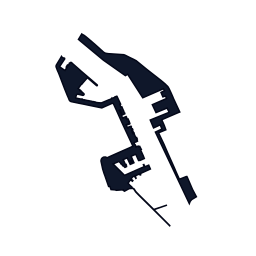 Police Department Port Said Port, Bur Sa`id, Egypt (Robinson projection), rotated 123°
{"feature_id": "37247803B70757387881176", "entity_name": "Police Department Port Said Port", "entity_type": "district", "adm_level": 2, "iso_a3": "EGY", "parent_name": "Egypt", "parent_adm1": "Bur Sa`id", "projection": "robinson", "projection_center": [32.315, 31.253], "detail": "fine", "context": "isolated", "style": "filled", "palette": "ink", "viewbox_px": 256, "rotation_deg": 123, "n_neighbors": 0, "source": "geoboundaries", "source_scale": "gbopen_adm2", "svg_char_len": 5672}
<svg xmlns="http://www.w3.org/2000/svg" viewBox="0 0 256 256"><g transform="rotate(123 128 128)"><path d="M176.2,126.9L179.1,123.4L180.5,121.5L187.6,112.4L186.9,111.3L188.9,108.7L186.8,104.9L186.7,104.0L182.3,98.2L182.7,97.4L182.9,97.5L182.9,96.5L181.0,95.5L178.2,94.0L176.4,91.6L176.2,91.3L176.1,91.1L176.1,90.7L176.0,90.4L176.1,90.0L176.2,89.5L177.0,87.7L177.3,87.1L177.6,86.1L178.5,82.1L182.0,65.0L187.3,39.8L187.1,39.8L182.4,61.8L171.4,53.3L182.3,62.0L180.7,69.8L178.2,82.0L177.3,86.0L176.9,87.3L176.5,88.2L176.0,89.2L175.8,89.7L175.8,90.2L175.8,90.6L175.9,91.0L176.1,91.5L175.4,92.6L175.0,95.3L174.6,96.8L174.2,97.9L169.9,97.7L169.9,96.3L170.2,96.3L170.2,95.3L169.4,95.3L169.3,96.3L169.7,96.3L169.7,97.7L166.4,97.5L164.7,96.3L165.4,95.3L165.2,95.1L166.0,94.0L165.8,93.9L165.1,95.1L164.9,94.9L164.2,95.9L160.2,93.3L160.8,92.2L160.3,91.9L159.6,92.9L150.2,86.9L147.9,90.4L151.3,92.7L150.0,94.8L150.4,95.1L151.6,93.3L154.4,95.2L169.6,105.1L166.3,120.9L161.0,117.4L161.6,114.4L161.9,114.4L161.9,114.2L161.7,114.2L162.1,112.2L162.3,112.3L162.4,112.0L162.1,112.0L162.7,109.1L161.2,108.2L160.6,109.4L160.0,109.1L159.6,109.8L160.1,110.2L157.1,114.8L153.5,112.4L157.3,106.3L156.1,105.5L154.5,108.2L153.3,107.4L154.9,104.7L153.9,104.1L151.6,107.6L150.0,110.0L145.9,107.3L145.9,107.0L149.5,101.4L149.4,101.2L148.7,100.7L148.7,100.3L144.7,97.7L142.9,100.2L139.4,105.7L138.7,105.2L137.0,108.2L138.0,108.8L137.6,109.6L139.2,110.7L139.5,110.6L139.8,110.9L139.4,111.5L139.0,111.3L138.1,113.0L138.2,113.3L137.2,115.0L135.2,113.9L135.3,113.7L133.9,112.9L133.4,113.8L133.2,113.7L132.9,114.3L133.1,114.4L133.0,114.6L132.2,114.2L131.3,115.6L131.9,116.1L130.1,118.9L129.4,119.9L130.1,120.6L129.9,120.8L128.9,120.2L128.7,120.5L129.6,121.6L129.4,121.9L128.5,121.4L127.6,122.7L128.3,123.3L127.9,123.7L126.8,123.1L126.3,123.8L126.8,124.2L125.6,126.1L125.3,126.0L125.4,125.9L125.2,125.8L125.0,126.1L125.5,126.3L125.2,126.7L126.1,127.2L126.0,127.4L127.4,128.3L127.5,128.2L127.6,128.3L127.9,127.9L128.1,128.1L128.2,128.4L126.4,131.3L125.2,130.6L125.3,130.3L125.5,130.4L125.5,130.2L125.1,129.9L125.0,130.1L125.0,130.4L124.1,129.8L124.4,129.3L123.8,128.9L123.6,129.2L124.0,129.5L123.8,129.7L123.4,129.4L123.3,129.5L123.1,130.0L122.9,129.8L123.2,129.3L123.0,129.1L122.2,130.2L122.4,130.4L122.8,130.0L123.0,130.2L122.3,131.2L121.7,130.8L120.4,132.9L121.4,133.5L120.7,134.5L120.5,134.4L120.3,134.7L120.2,134.6L119.9,135.0L120.9,135.6L120.5,136.2L119.5,135.6L119.4,135.8L122.4,137.9L122.6,137.5L122.8,137.7L121.2,140.1L120.9,140.0L118.0,144.9L116.9,144.2L119.8,140.0L119.7,139.6L117.8,138.4L117.6,138.6L117.2,139.0L117.3,139.5L116.5,140.9L116.2,140.7L115.1,142.5L113.6,144.7L114.4,145.2L112.7,147.7L112.0,147.2L107.5,154.4L107.4,154.6L107.5,154.8L109.2,156.0L109.5,155.8L111.8,157.5L111.7,157.8L111.9,157.8L112.0,157.7L112.3,157.9L112.5,157.7L114.3,159.0L114.6,159.3L118.1,161.7L120.9,163.6L121.3,163.9L121.6,164.3L121.8,164.6L122.9,166.6L123.0,166.6L123.1,166.9L123.2,167.2L123.3,167.2L124.2,169.4L124.0,169.5L124.8,171.6L125.1,171.7L125.3,171.8L125.5,172.1L125.5,172.3L125.5,172.6L125.3,172.8L126.5,175.8L126.6,175.7L128.1,179.9L128.3,179.8L129.0,181.7L128.6,182.0L128.7,182.3L129.0,182.2L131.3,188.2L131.3,188.3L131.2,188.4L131.1,188.5L128.1,189.3L127.8,189.3L127.4,189.1L127.2,188.9L127.0,188.6L125.2,183.6L125.0,183.4L124.7,183.2L124.2,183.1L123.8,183.1L123.5,183.3L123.3,183.6L123.2,183.9L123.0,185.5L123.3,185.6L123.2,186.7L122.7,186.7L122.6,187.2L123.1,187.3L122.9,188.5L122.3,188.4L122.2,189.4L122.3,189.4L122.1,191.3L116.3,190.9L116.3,190.6L114.6,190.4L108.2,189.5L108.0,189.0L109.6,177.4L109.5,177.1L109.4,177.0L109.2,176.9L108.8,177.0L108.7,177.1L108.6,177.4L105.8,198.6L105.6,199.7L104.6,206.6L104.2,209.4L103.9,210.9L103.9,211.2L104.0,211.5L104.2,211.8L104.5,211.8L104.9,211.8L105.1,211.8L105.2,212.0L105.2,212.3L105.5,212.4L105.7,212.5L105.8,212.4L105.8,212.2L108.3,212.2L108.2,213.1L110.5,213.0L110.4,212.2L114.1,212.2L113.9,218.8L104.6,218.7L104.4,218.8L104.0,219.3L104.2,219.8L104.4,220.2L104.5,220.7L104.6,221.2L104.6,221.6L104.5,222.1L104.4,222.2L104.2,222.8L104.8,222.7L114.1,222.4L115.0,222.2L115.5,221.9L115.9,221.6L116.2,221.2L118.2,218.5L119.4,216.6L120.8,214.6L129.5,202.7L133.7,196.7L135.4,194.1L136.5,192.6L136.8,191.9L137.0,191.0L136.9,190.3L136.7,189.7L133.9,182.5L132.0,177.8L130.9,174.9L125.4,160.9L123.4,159.6L118.8,156.6L117.4,155.7L116.6,155.2L115.9,154.6L115.6,154.2L115.5,153.7L115.6,153.4L119.4,147.4L127.6,134.7L140.6,113.9L141.7,114.7L142.8,115.3L149.5,119.7L155.3,123.5L162.7,128.3L164.3,129.2L164.4,130.0L164.5,130.7L164.7,131.3L165.1,131.8L165.6,132.5L166.4,133.0L167.5,133.4L168.6,133.4L169.5,133.1L170.2,132.8L170.6,132.5L176.2,126.9ZM74.3,218.0L80.7,217.8L84.5,185.6L85.5,158.7L83.1,157.6L94.6,132.1L75.8,119.7L76.8,117.7L80.2,119.7L82.9,115.7L80.8,114.0L82.2,111.7L95.2,120.3L99.8,112.9L90.0,106.1L92.4,102.0L109.2,113.7L114.0,106.6L107.8,102.7L110.4,99.0L116.5,102.8L158.0,35.4L155.7,35.9L153.3,35.6L148.4,33.2L144.4,40.4L137.2,51.2L136.6,52.2L137.0,52.7L140.8,55.4L142.4,56.6L142.7,56.8L142.8,57.2L142.6,57.6L138.4,64.1L136.3,67.2L127.1,81.4L122.1,88.9L115.7,99.3L115.3,99.7L115.0,99.5L108.9,95.3L106.1,99.0L102.7,104.2L96.8,100.3L91.4,96.7L87.5,94.1L86.4,93.3L78.4,106.1L77.6,107.2L75.3,110.7L72.8,114.7L71.9,116.4L71.6,117.1L71.4,117.9L71.1,119.6L70.9,120.3L70.5,123.2L70.2,125.9L69.7,131.4L69.4,134.9L68.6,144.1L67.1,157.8L67.4,161.0L67.9,164.7L68.5,170.1L68.7,171.0L68.8,171.4L69.0,171.8L75.6,183.6L76.5,185.2L77.0,186.4L77.4,187.2L77.6,187.8L77.6,188.2L77.7,189.2L77.6,190.6L77.4,191.4L77.1,193.6L76.1,199.8L75.4,204.7L74.8,209.3L74.3,213.6L74.2,215.8L74.3,216.4L74.4,217.1L74.3,218.0Z" fill="#0f172a" stroke="#020617" stroke-width="1.5"/></g></svg>